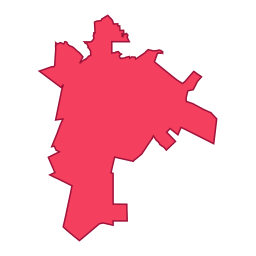 the district of Benjamín Hill, Sonora, Mexico
{"feature_id": "50627088B71281385792912", "entity_name": "Benjamín Hill", "entity_type": "district", "adm_level": 2, "iso_a3": "MEX", "parent_name": "Mexico", "parent_adm1": "Sonora", "projection": "robinson", "projection_center": [-111.217, 30.152], "detail": "fine", "context": "isolated", "style": "filled", "palette": "rose", "viewbox_px": 256, "rotation_deg": 0, "n_neighbors": 0, "source": "geoboundaries", "source_scale": "gbopen_adm2", "svg_char_len": 5077}
<svg xmlns="http://www.w3.org/2000/svg" viewBox="0 0 256 256"><path d="M53.6,176.8L57.1,178.4L70.4,185.0L72.0,185.7L71.6,187.6L71.6,188.0L71.0,190.6L70.5,193.2L69.1,199.8L66.7,211.1L65.9,215.0L63.2,226.9L65.5,229.0L66.1,229.6L70.1,233.0L71.5,234.1L73.7,236.0L79.4,240.6L85.6,235.4L96.5,226.2L99.5,223.7L102.3,223.2L103.2,223.0L113.1,225.2L113.1,223.4L113.1,222.4L113.1,220.9L122.0,220.9L127.2,220.9L127.0,213.2L126.9,210.0L126.8,204.2L123.3,204.2L121.8,204.2L113.1,204.1L113.1,191.8L113.1,189.2L113.1,186.8L113.1,173.4L111.0,172.7L112.0,168.4L114.6,157.1L121.7,158.7L133.3,161.3L134.0,160.3L137.3,157.7L141.8,153.9L146.2,147.3L147.7,144.9L148.5,143.8L151.7,139.1L152.1,138.5L152.3,138.5L152.3,138.1L153.4,135.9L153.7,136.3L156.0,139.9L158.7,142.4L159.0,142.7L159.2,143.2L159.5,143.7L159.7,144.2L159.9,144.5L160.3,144.8L161.9,146.0L162.7,146.5L163.3,146.8L163.8,147.2L164.3,147.6L164.5,147.9L166.3,150.1L175.5,141.4L167.6,133.2L166.6,132.4L170.0,128.5L177.9,134.8L181.0,127.4L185.3,129.4L213.7,143.7L216.7,118.9L212.0,113.9L210.9,112.6L210.2,112.4L203.5,109.4L202.3,108.8L192.7,103.6L186.4,101.5L186.1,99.1L186.3,97.1L187.8,90.8L193.2,89.7L195.1,86.1L197.4,81.5L201.5,76.8L199.2,75.2L197.1,73.8L195.0,72.2L193.7,71.4L185.0,81.5L182.5,83.5L176.9,80.0L172.1,76.2L155.7,62.9L154.4,61.8L156.7,55.5L157.2,53.9L157.3,53.7L157.4,53.4L157.7,53.4L158.2,53.1L158.4,52.9L158.6,52.9L158.7,53.1L158.8,53.2L159.1,53.2L159.9,53.0L160.4,53.1L160.6,53.3L161.0,53.3L161.3,53.2L161.6,53.0L161.9,52.8L162.0,52.8L162.3,53.0L162.6,53.2L162.6,52.6L162.6,51.6L162.4,51.5L162.0,51.4L161.5,51.1L161.1,50.8L160.8,50.5L160.3,50.4L159.8,50.2L159.5,50.1L159.2,50.1L158.6,50.1L157.6,50.4L157.0,50.5L156.6,50.6L156.3,50.7L155.9,50.7L154.8,50.8L154.3,50.8L153.8,50.8L153.4,50.8L152.7,50.7L151.8,50.5L151.0,50.3L150.8,50.2L150.5,50.2L150.2,50.1L149.9,50.1L149.6,50.0L149.4,50.1L148.2,49.6L145.6,51.9L145.1,52.7L138.0,57.5L135.8,59.0L135.7,58.6L135.5,58.4L135.3,57.9L135.2,57.4L135.1,57.2L134.9,57.0L134.1,57.1L131.7,56.9L131.2,57.1L130.7,57.5L129.8,58.2L129.3,56.5L127.9,56.9L127.3,57.0L126.3,57.1L125.5,57.6L124.6,57.9L123.8,58.1L123.0,58.1L122.7,58.1L122.2,58.2L121.1,58.6L120.5,58.0L119.7,57.4L119.5,56.7L119.4,55.6L120.4,54.9L121.5,54.1L121.2,53.9L120.8,53.9L120.6,53.9L120.4,53.7L120.2,53.7L119.9,53.4L119.4,52.7L119.1,52.6L118.8,52.6L118.7,52.5L118.7,52.4L118.6,51.9L118.3,51.6L117.6,51.7L117.3,51.7L115.5,52.2L115.2,52.7L112.4,52.9L111.8,53.0L111.8,41.7L129.3,41.7L128.7,40.6L127.9,38.9L127.7,38.5L127.4,37.7L127.2,37.3L127.1,37.0L127.2,36.7L127.4,36.5L127.4,36.2L127.6,36.0L127.7,35.7L127.4,35.6L127.3,35.4L127.3,35.0L127.3,34.9L127.5,34.8L127.6,34.7L126.4,33.4L122.5,35.6L123.0,36.6L122.7,36.7L122.2,36.6L122.1,36.0L122.1,34.8L122.0,33.7L123.8,33.6L123.6,30.3L120.0,30.5L119.9,29.2L119.7,25.9L117.9,26.0L117.8,23.8L116.1,23.9L114.3,23.9L113.5,24.0L113.4,23.7L113.3,23.4L113.2,22.9L113.1,22.5L112.9,22.0L112.7,21.1L112.5,20.5L112.3,20.2L111.3,19.0L110.8,18.5L110.1,17.8L109.5,17.2L108.5,16.1L107.8,15.4L107.5,15.6L107.3,15.7L107.0,15.8L106.8,16.0L106.6,16.1L106.3,16.3L106.0,16.4L105.7,16.6L105.4,16.8L104.8,17.1L104.7,17.3L103.5,18.0L102.4,18.6L102.0,18.8L101.9,19.1L101.7,19.3L101.6,19.5L101.4,19.7L101.3,19.9L101.3,20.1L100.9,20.5L100.7,20.7L100.4,20.7L100.1,20.8L99.8,20.8L99.2,20.9L98.6,20.9L97.8,21.0L97.2,21.0L96.6,21.2L96.0,21.4L95.1,21.8L94.9,22.0L94.5,22.2L94.5,22.6L94.6,23.9L94.6,24.2L94.7,25.1L94.7,25.6L94.7,26.1L94.7,26.3L94.7,26.6L94.8,27.3L94.8,28.0L94.9,28.5L94.9,29.3L94.9,30.2L94.9,30.6L95.0,30.9L95.0,31.4L95.0,32.0L95.0,32.9L93.8,32.9L94.0,34.6L93.7,34.7L93.5,34.9L93.4,35.5L93.4,36.1L93.4,36.7L93.6,37.0L93.8,37.4L93.9,37.5L93.9,38.0L93.8,38.3L93.6,39.0L93.4,39.4L93.2,39.6L93.1,39.8L92.7,40.2L92.3,40.6L91.6,41.4L91.1,41.6L90.9,41.7L90.7,41.9L84.5,41.9L85.0,42.3L84.9,42.4L84.8,42.5L85.0,42.9L85.1,43.0L85.3,43.1L85.6,43.4L85.9,43.5L86.5,43.7L87.2,44.0L87.3,44.6L87.4,44.9L87.5,45.1L87.6,45.3L87.8,45.7L88.0,46.1L88.3,46.5L88.2,46.8L87.9,47.3L88.3,48.0L88.6,48.1L88.8,48.3L89.0,48.6L89.5,49.1L89.7,49.4L89.9,50.0L90.1,50.4L90.3,50.7L90.5,51.0L90.6,51.3L90.6,51.6L90.6,51.9L90.6,52.6L90.6,52.8L90.8,55.3L88.6,56.2L88.1,56.8L85.7,59.5L85.4,59.1L84.4,59.8L84.1,59.8L79.7,63.3L82.9,56.8L79.4,52.7L78.7,52.2L77.5,51.3L76.9,50.8L76.4,50.3L73.7,47.8L72.8,47.1L72.2,46.8L71.7,46.6L71.3,46.4L70.7,46.2L70.2,46.0L69.8,45.8L69.3,45.7L69.0,45.4L67.6,44.0L67.5,43.9L67.4,43.6L67.1,42.8L66.9,42.4L66.7,42.2L66.2,41.9L65.5,41.7L65.3,41.7L65.1,41.6L64.9,41.7L64.8,41.8L64.6,41.9L64.6,42.0L64.3,42.9L64.2,43.3L63.9,43.7L63.7,43.8L63.3,43.9L63.1,43.9L62.8,43.7L61.9,43.2L61.4,43.0L61.0,42.8L60.8,42.7L60.5,42.7L60.2,42.7L59.6,42.9L59.0,43.3L58.5,43.6L58.2,43.7L57.6,43.7L57.4,43.7L57.2,43.6L56.7,43.4L55.7,42.7L55.9,44.3L56.0,44.9L56.0,45.1L55.6,45.1L55.7,49.7L54.7,65.1L54.6,65.7L54.0,66.4L53.3,66.8L51.8,66.7L39.3,71.1L61.0,87.4L63.4,84.5L62.0,88.7L55.6,120.0L60.4,119.3L61.8,119.1L63.0,119.0L60.9,123.4L60.0,125.6L57.0,133.8L55.8,136.7L51.7,146.7L54.4,146.2L56.0,150.1L59.4,151.8L48.3,157.3L51.9,165.6L54.9,172.5L49.8,174.9L53.6,176.8Z" fill="#f43f5e" stroke="#9f1239" stroke-width="1.5"/></svg>